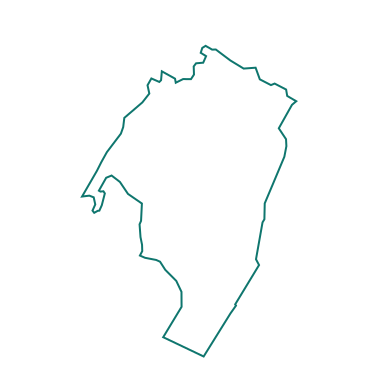 Ouallam, Tillabéri, Niger, rotated 211°
{"feature_id": "23599985B18642698649368", "entity_name": "Ouallam", "entity_type": "district", "adm_level": 2, "iso_a3": "NER", "parent_name": "Niger", "parent_adm1": "Tillabéri", "projection": "equal_earth", "projection_center": [2.332, 14.566], "detail": "fine", "context": "isolated", "style": "outline", "palette": "teal", "viewbox_px": 384, "rotation_deg": 211, "n_neighbors": 0, "source": "geoboundaries", "source_scale": "gbopen_adm2", "svg_char_len": 1225}
<svg xmlns="http://www.w3.org/2000/svg" viewBox="0 0 384 384"><g transform="rotate(211 192 192)"><path d="M96.5,107.7L95.8,117.3L97.1,117.9L96.9,163.9L102.5,167.3L115.9,202.3L115.9,205.9L123.8,219.7L126.6,239.4L131.0,269.8L134.7,279.9L138.6,285.7L150.4,291.3L151.2,318.2L149.4,323.5L156.7,323.4L159.9,323.4L164.1,328.3L177.0,327.5L179.4,324.3L191.9,323.5L201.5,331.3L211.3,324.4L226.9,324.5L245.0,326.4L248.1,324.4L249.9,324.4L251.3,324.4L253.7,324.3L253.8,324.3L255.6,324.3L257.4,320.8L256.2,315.8L249.9,315.7L249.0,308.6L254.8,304.4L255.2,300.5L250.8,293.7L251.0,288.2L257.8,284.2L262.2,277.3L264.9,280.4L280.0,279.9L276.1,271.9L276.7,269.5L285.3,268.4L285.1,260.6L279.3,254.4L280.7,243.2L288.2,220.7L284.4,212.2L283.0,205.4L285.5,182.3L285.1,170.7L284.4,161.2L283.9,131.5L278.1,136.0L273.5,136.8L268.5,131.5L267.7,124.8L265.1,123.8L263.1,127.3L261.8,128.3L262.5,134.2L266.0,145.9L268.3,147.0L270.7,145.2L272.5,145.2L272.9,160.0L269.4,164.7L259.0,163.5L245.9,157.4L229.0,156.3L220.8,141.0L220.3,137.3L212.9,126.8L207.6,121.0L204.2,115.7L203.9,110.7L198.4,111.4L187.7,115.3L183.5,115.8L174.8,111.5L159.7,107.7L149.6,101.0L141.8,88.2L141.9,52.7L97.3,57.0L96.5,107.7Z" fill="none" stroke="#0f766e" stroke-width="2"/></g></svg>